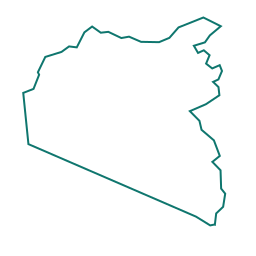 Stanly, North Carolina, United States of America, rotated 265°
{"feature_id": "52423323B43172948431886", "entity_name": "Stanly", "entity_type": "district", "adm_level": 2, "iso_a3": "USA", "parent_name": "United States of America", "parent_adm1": "North Carolina", "projection": "albers", "projection_center": [-80.212, 35.324], "detail": "fine", "context": "isolated", "style": "outline", "palette": "teal", "viewbox_px": 256, "rotation_deg": 265, "n_neighbors": 0, "source": "geoboundaries", "source_scale": "gbopen_adm2", "svg_char_len": 768}
<svg xmlns="http://www.w3.org/2000/svg" viewBox="0 0 256 256"><g transform="rotate(265 128 128)"><path d="M120.6,27.4L33.8,188.0L23.8,201.4L24.3,205.6L24.1,206.1L35.2,208.4L41.2,215.9L54.1,219.1L59.5,215.5L77.8,216.5L86.9,209.1L92.2,217.0L108.2,212.5L119.8,201.1L128.9,199.8L139.4,191.1L144.9,207.7L152.7,221.9L160.9,221.7L166.5,216.8L168.5,222.3L176.6,226.6L182.6,224.8L180.0,217.1L185.3,211.4L193.4,215.6L198.8,210.3L196.7,204.3L204.2,200.8L206.6,212.1L213.1,217.6L221.3,229.3L231.5,212.7L223.8,187.1L214.2,177.1L210.8,166.4L212.7,148.5L218.9,137.0L218.2,129.2L225.5,116.8L225.3,109.2L232.2,101.1L227.1,92.9L212.8,84.0L214.4,76.4L209.6,68.4L206.0,51.8L191.4,43.1L188.8,44.1L175.2,37.3L172.1,26.7L120.6,27.4Z" fill="none" stroke="#0f766e" stroke-width="2"/></g></svg>